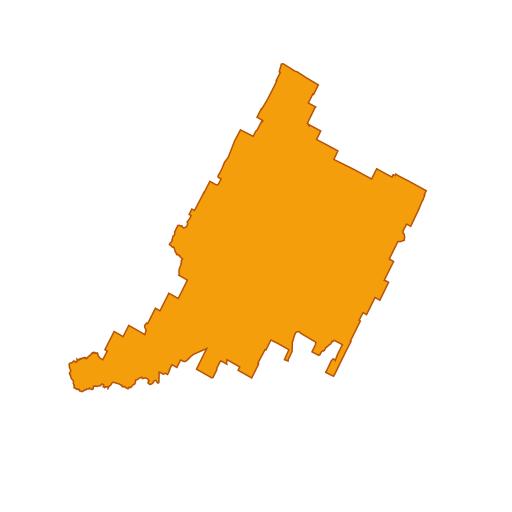 outline of Murweh, Queensland, Australia, rotated 201°
{"feature_id": "25037944B20792422717007", "entity_name": "Murweh", "entity_type": "district", "adm_level": 2, "iso_a3": "AUS", "parent_name": "Australia", "parent_adm1": "Queensland", "projection": "equal_earth", "projection_center": [146.659, -26.136], "detail": "fine", "context": "isolated", "style": "filled", "palette": "amber", "viewbox_px": 512, "rotation_deg": 201, "n_neighbors": 0, "source": "geoboundaries", "source_scale": "gbopen_adm2", "svg_char_len": 5980}
<svg xmlns="http://www.w3.org/2000/svg" viewBox="0 0 512 512"><g transform="rotate(201 256 256)"><path d="M140.5,171.5L140.5,172.1L140.3,172.6L140.1,174.0L137.9,199.2L136.7,210.3L137.4,210.4L135.3,232.7L136.7,233.0L135.8,241.5L131.8,240.9L130.0,259.9L124.5,259.1L122.8,279.0L126.1,279.4L126.4,279.2L126.8,279.4L127.6,279.3L125.6,300.2L130.5,300.9L128.7,320.3L126.4,321.1L123.2,323.8L123.5,324.4L123.6,325.5L124.1,327.1L125.6,329.6L127.0,330.2L127.8,332.6L127.5,333.1L127.4,335.9L127.1,336.2L127.2,336.9L127.0,337.2L126.9,339.7L122.2,339.2L120.8,357.1L120.9,357.8L120.6,358.5L120.8,358.7L120.5,366.9L120.3,367.1L120.2,373.4L120.9,373.5L120.4,377.9L139.8,380.6L151.0,381.8L154.9,382.6L155.1,380.8L157.1,381.0L157.3,378.4L164.7,379.3L174.6,380.7L175.7,369.3L195.5,371.9L217.9,374.0L217.2,383.5L241.2,386.5L240.4,395.9L252.7,397.5L252.8,396.5L253.6,396.6L253.5,397.6L254.5,397.7L254.9,398.3L255.6,398.3L254.2,414.7L253.6,416.5L262.0,417.6L261.0,427.6L260.1,427.4L259.1,438.1L272.8,440.4L284.0,442.8L285.3,442.4L299.6,445.2L301.1,444.2L300.3,436.2L299.1,436.1L300.0,427.0L299.4,426.9L299.5,425.2L299.8,421.4L301.5,405.3L303.3,395.3L303.8,395.4L304.8,385.9L298.1,384.9L298.3,383.6L299.0,383.7L300.1,374.0L300.9,372.6L301.6,366.7L315.7,368.2L317.2,355.7L317.3,338.1L319.0,332.3L319.1,325.0L319.7,319.2L320.2,318.3L319.9,316.4L319.5,315.9L316.2,315.4L316.9,309.2L318.4,308.1L325.8,309.2L327.1,296.8L327.4,296.9L329.7,276.4L332.7,276.9L333.3,270.8L331.0,270.5L331.3,267.3L332.5,263.0L331.3,261.6L331.3,259.3L331.9,257.6L333.7,256.3L335.5,257.0L336.2,257.7L337.0,256.9L338.8,257.2L339.9,256.4L340.6,249.3L340.3,249.0L339.9,247.3L339.6,247.1L339.6,246.3L340.4,245.3L340.4,244.7L340.6,244.5L340.2,242.1L340.3,240.7L339.7,240.1L339.7,239.7L340.8,237.3L341.0,235.7L340.4,235.4L338.6,235.1L338.0,234.5L336.6,234.4L336.2,234.8L335.8,234.4L335.4,234.3L332.6,230.6L331.9,230.2L331.4,230.3L331.1,230.0L330.6,228.8L329.4,229.3L328.8,229.2L328.0,228.7L327.7,228.9L326.8,228.6L326.5,227.9L325.8,227.9L324.5,227.2L323.6,227.0L323.5,226.3L323.8,226.2L323.8,225.7L324.1,225.4L323.9,224.4L323.2,222.8L323.4,222.1L323.0,221.7L323.0,216.3L322.2,213.5L321.2,211.6L321.1,211.1L321.3,210.4L311.4,208.9L313.4,188.5L324.0,190.0L326.0,170.4L331.2,171.2L332.9,154.1L334.1,154.2L335.0,151.4L334.6,149.9L331.8,147.1L331.8,144.9L331.6,142.8L349.9,145.6L351.2,133.1L361.4,134.7L363.5,114.4L360.8,113.9L361.9,104.2L364.4,104.6L366.0,105.2L366.8,106.0L368.0,106.6L368.6,108.0L369.5,108.7L370.0,108.0L370.8,108.1L370.8,107.8L371.1,107.7L371.2,107.9L372.3,107.8L372.6,108.1L373.2,107.5L373.0,107.2L373.4,107.0L373.9,107.3L374.2,107.1L374.1,106.1L375.2,104.5L375.4,103.2L376.2,102.6L377.0,100.7L376.9,100.5L377.5,99.5L377.8,100.0L378.4,99.7L378.6,100.0L379.1,99.7L379.5,99.9L379.6,99.5L380.2,99.1L380.1,98.9L381.1,98.9L381.5,98.5L381.4,98.3L381.5,98.0L382.1,97.7L382.3,97.4L383.4,97.3L383.4,96.9L383.1,96.6L383.3,96.2L384.1,95.5L384.4,95.8L384.6,95.3L385.0,95.0L386.1,95.5L385.3,93.6L385.3,93.1L385.7,92.5L386.3,92.7L386.7,92.5L386.7,92.8L387.9,92.7L388.5,92.8L389.1,91.3L389.8,90.3L391.1,89.4L391.5,88.6L391.8,88.2L390.9,86.8L391.0,86.4L390.5,86.0L390.5,85.7L390.1,84.9L389.7,84.8L388.8,83.6L387.9,82.8L387.7,81.7L388.3,79.9L387.8,79.2L387.6,79.1L387.4,78.7L386.4,78.5L386.4,77.8L385.5,76.8L384.9,75.7L383.6,74.9L382.7,74.6L381.7,73.8L381.4,73.3L381.4,72.9L381.1,71.8L380.2,70.9L380.0,70.4L379.3,70.4L379.1,70.0L379.1,68.8L378.7,68.3L378.7,67.8L378.0,67.7L377.4,68.0L376.5,67.5L376.2,67.7L375.3,67.2L374.6,67.6L373.9,68.3L373.6,68.3L373.4,68.1L373.2,67.5L372.5,66.9L372.2,66.8L371.2,67.2L370.8,66.9L369.9,67.0L369.2,67.5L368.6,68.6L368.0,69.0L368.0,69.5L367.7,69.8L367.2,70.2L366.6,70.2L366.3,71.2L365.0,71.6L364.1,73.0L363.1,72.4L362.7,72.6L361.2,72.6L360.7,72.9L360.5,73.4L360.6,74.7L361.1,75.3L360.7,76.5L360.2,76.4L359.9,76.7L359.5,76.7L359.1,77.1L357.7,77.2L356.7,78.2L354.9,79.0L354.7,79.7L354.3,80.0L354.2,80.8L353.8,81.4L352.0,81.2L351.9,81.0L351.8,80.0L351.9,79.7L351.8,79.1L350.9,79.4L350.2,78.9L349.8,79.8L349.2,79.8L348.3,80.5L347.8,80.6L347.2,80.1L346.7,79.3L346.5,80.1L346.8,81.3L346.3,81.7L346.0,82.6L345.5,82.9L344.9,86.2L344.2,86.9L337.8,87.5L335.4,86.9L335.1,87.2L334.8,86.5L333.9,86.1L333.1,86.2L332.7,86.9L332.3,87.0L331.9,86.7L330.7,86.7L329.9,86.2L328.3,86.4L327.9,86.1L327.6,86.4L327.7,87.7L327.4,88.0L326.6,87.9L326.2,88.0L326.1,88.7L325.4,89.0L325.2,89.6L325.1,90.4L324.0,92.6L323.6,92.6L323.4,92.9L323.3,93.5L323.4,95.5L323.9,96.8L323.4,97.8L323.1,97.9L322.7,97.8L322.1,98.4L321.9,99.1L321.1,100.3L319.4,101.7L318.9,101.8L318.3,100.9L317.7,100.9L316.2,102.4L313.7,102.6L312.3,102.1L311.7,101.2L311.1,101.1L311.5,99.9L311.4,98.9L311.1,98.6L309.1,98.0L307.5,99.2L306.5,101.2L306.7,102.2L306.6,102.6L305.2,103.9L304.2,103.7L302.9,102.4L302.4,102.2L301.8,102.3L301.3,103.1L304.8,112.9L304.4,113.0L300.2,112.4L298.5,114.0L296.1,113.7L295.7,118.0L296.2,119.0L295.9,119.1L296.0,119.4L295.5,124.3L289.9,123.6L289.2,131.9L285.1,131.6L283.2,133.4L282.2,136.0L281.9,136.1L282.0,136.3L280.9,138.8L279.7,140.6L279.6,141.3L268.9,151.9L271.0,129.0L253.7,126.4L252.6,127.1L251.8,135.9L252.4,137.0L251.6,145.2L250.8,145.1L250.6,145.5L244.5,144.6L245.1,145.5L246.0,148.8L231.4,146.6L231.8,142.9L216.3,140.6L214.8,156.2L215.8,156.4L215.5,159.6L214.0,171.9L213.0,171.8L212.0,182.9L204.5,182.2L191.7,180.3L192.3,169.4L188.4,169.4L188.8,171.0L188.1,179.8L191.4,189.3L191.1,189.7L191.5,194.0L191.6,198.1L191.0,199.4L189.2,200.8L187.6,200.5L186.6,199.9L169.1,196.9L169.0,195.5L168.7,194.5L168.9,192.4L168.7,192.1L169.0,191.5L169.4,186.6L161.8,185.7L161.7,186.1L161.0,186.7L160.8,187.1L161.1,188.2L160.8,188.5L160.3,190.7L159.8,191.2L159.1,191.3L158.9,191.5L159.0,191.9L158.3,192.5L158.1,194.3L158.2,195.0L157.8,195.5L157.8,196.3L156.9,196.8L156.2,198.8L154.9,200.2L154.9,201.3L154.3,202.3L154.3,203.2L154.5,203.5L153.5,203.8L152.9,205.3L143.6,204.2L144.6,193.7L144.6,186.9L145.1,187.5L147.1,187.7L148.2,185.0L149.0,173.5L149.3,173.3L149.3,172.3L140.5,171.5Z" fill="#f59e0b" stroke="#b45309" stroke-width="1.5"/></g></svg>